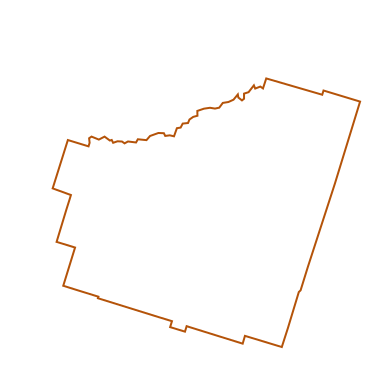 Sublette, Wyoming, United States of America (Equal Earth projection), rotated 287°
{"feature_id": "52423323B90413410102798", "entity_name": "Sublette", "entity_type": "district", "adm_level": 2, "iso_a3": "USA", "parent_name": "United States of America", "parent_adm1": "Wyoming", "projection": "equal_earth", "projection_center": [-109.734, 42.864], "detail": "fine", "context": "isolated", "style": "outline", "palette": "amber", "viewbox_px": 384, "rotation_deg": 287, "n_neighbors": 0, "source": "geoboundaries", "source_scale": "gbopen_adm2", "svg_char_len": 1060}
<svg xmlns="http://www.w3.org/2000/svg" viewBox="0 0 384 384"><g transform="rotate(287 192 192)"><path d="M64.6,108.8L64.5,133.1L62.9,133.1L62.6,196.4L62.6,210.6L56.4,210.6L56.4,226.1L62.1,226.1L61.8,284.8L69.9,284.7L70.0,323.2L90.1,323.5L127.6,323.4L129.7,324.6L153.9,324.7L241.8,326.2L327.6,326.3L327.5,288.1L323.1,288.1L322.3,229.8L311.8,229.6L312.8,226.5L309.4,222.2L312.1,220.0L304.0,216.9L301.3,213.0L296.4,214.5L294.2,213.0L295.9,208.7L298.7,207.3L292.4,204.7L288.7,200.5L286.2,195.4L280.6,193.4L278.5,189.6L277.8,184.6L275.2,179.1L271.1,173.4L266.5,174.9L264.2,171.2L260.6,168.4L256.8,168.0L254.7,163.1L250.3,162.3L248.6,158.9L240.0,158.5L239.7,154.2L237.8,150.0L240.0,147.9L238.6,142.6L233.3,135.5L228.3,133.3L226.6,124.8L223.0,124.0L221.6,116.0L218.8,113.3L219.8,110.3L218.7,105.9L216.0,102.2L218.3,100.0L217.2,98.4L219.4,92.2L214.9,87.6L215.6,79.7L213.3,77.9L209.1,79.7L205.4,79.7L205.4,65.4L205.4,58.1L154.7,57.7L153.7,77.1L148.3,77.1L138.6,77.0L104.7,77.1L104.7,96.4L64.7,96.3L64.6,108.8Z" fill="none" stroke="#b45309" stroke-width="2"/></g></svg>